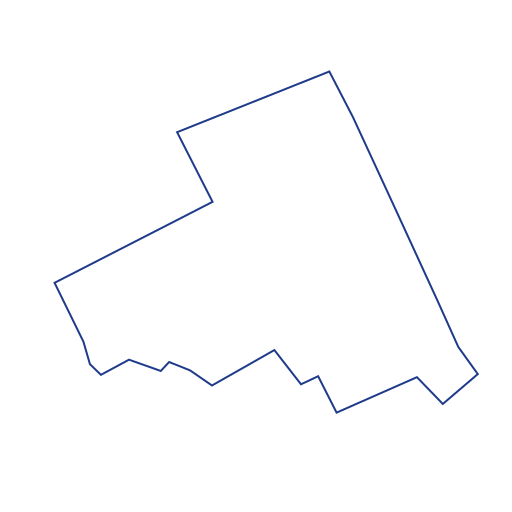 outline of Rupea, Brasov, Romania, rotated 172°
{"feature_id": "2599482B289507895873", "entity_name": "Rupea", "entity_type": "district", "adm_level": 2, "iso_a3": "ROU", "parent_name": "Romania", "parent_adm1": "Brasov", "projection": "albers", "projection_center": [25.263, 46.025], "detail": "fine", "context": "isolated", "style": "outline", "palette": "blue", "viewbox_px": 512, "rotation_deg": 172, "n_neighbors": 0, "source": "geoboundaries", "source_scale": "gbopen_adm2", "svg_char_len": 470}
<svg xmlns="http://www.w3.org/2000/svg" viewBox="0 0 512 512"><g transform="rotate(172 256 256)"><path d="M91.6,83.5L52.8,108.2L68.3,137.7L82.5,186.5L111.6,283.7L140.7,380.1L157.7,428.5L316.9,389.6L291.5,315.7L315.9,307.2L459.2,257.5L454.1,241.9L438.8,195.1L435.5,172.0L426.1,159.9L396.2,171.0L366.3,155.4L356.8,163.1L337.2,151.9L317.6,133.9L250.9,160.3L229.3,122.7L211.2,128.3L198.0,89.7L113.5,113.6L91.6,83.5Z" fill="none" stroke="#1e3a8a" stroke-width="2"/></g></svg>